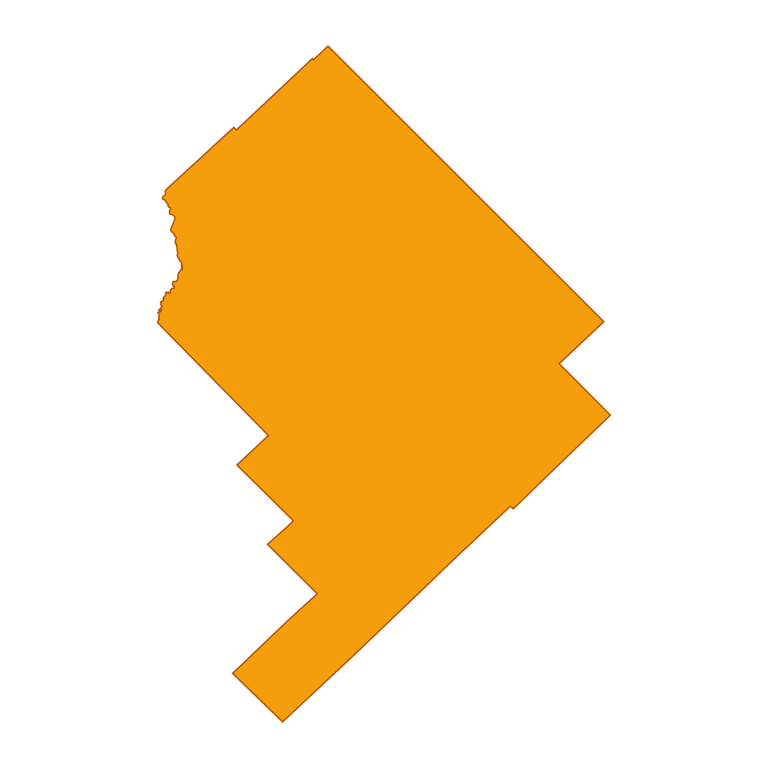 the district of General La Madrid, Buenos Aires, Argentina
{"feature_id": "61730980B93674688207762", "entity_name": "General La Madrid", "entity_type": "district", "adm_level": 2, "iso_a3": "ARG", "parent_name": "Argentina", "parent_adm1": "Buenos Aires", "projection": "robinson", "projection_center": [-61.69, -37.401], "detail": "fine", "context": "isolated", "style": "filled", "palette": "amber", "viewbox_px": 768, "rotation_deg": 0, "n_neighbors": 0, "source": "geoboundaries", "source_scale": "gbopen_adm2", "svg_char_len": 4209}
<svg xmlns="http://www.w3.org/2000/svg" viewBox="0 0 768 768"><path d="M282.6,721.9L283.1,721.4L353.5,655.5L416.6,595.2L454.2,559.0L510.4,506.2L513.3,508.8L546.7,476.4L578.6,445.6L610.4,415.2L559.2,363.7L583.5,340.8L603.8,321.7L547.1,264.9L541.4,259.3L328.0,46.1L313.5,59.8L312.3,58.6L236.4,130.0L233.8,127.4L165.6,190.1L165.2,191.6L165.3,192.0L165.4,192.5L165.5,193.1L165.4,193.9L165.2,194.7L164.9,195.2L164.4,195.7L163.9,195.9L163.4,196.3L163.0,196.6L162.7,197.2L162.4,197.7L162.4,198.5L162.7,198.9L163.1,199.3L163.7,199.7L164.5,199.8L165.2,200.1L165.3,200.3L165.4,200.7L165.6,201.4L166.2,202.1L166.7,202.7L167.5,203.3L167.8,204.5L167.9,205.0L168.1,205.5L168.3,206.1L168.6,206.6L168.9,207.2L169.6,207.5L170.3,207.7L170.6,208.0L170.7,208.9L170.3,209.5L170.0,209.9L169.6,210.4L169.5,211.2L169.5,211.9L169.5,212.6L169.5,213.1L169.7,213.6L170.1,214.2L170.9,214.2L171.5,214.4L172.3,214.8L173.2,215.2L174.0,215.9L174.6,216.7L174.8,217.3L174.8,218.0L174.8,218.5L174.6,219.4L174.6,219.7L174.3,220.4L174.1,221.3L173.5,222.4L173.1,223.4L172.7,224.4L172.4,225.3L172.0,226.4L171.7,227.1L171.4,227.7L171.1,228.4L170.7,228.9L170.5,229.8L170.8,230.6L171.4,231.4L172.0,231.9L172.3,232.1L173.0,232.6L173.7,233.5L174.4,234.4L174.6,235.4L175.0,236.0L175.7,236.8L176.1,237.5L176.2,238.3L176.1,238.9L175.7,239.7L175.4,240.1L175.2,240.8L175.4,241.5L175.3,242.3L175.5,242.8L175.6,243.2L175.6,243.8L175.9,244.1L176.5,244.2L176.7,244.6L176.6,245.2L176.7,246.0L176.7,246.7L176.9,247.1L177.0,247.7L177.0,248.5L177.3,249.3L177.3,249.9L177.3,250.7L177.4,251.5L177.5,252.2L177.7,253.0L177.6,254.0L177.3,254.6L177.2,255.3L177.4,255.5L177.4,256.0L177.7,256.6L177.9,257.2L178.0,258.1L178.6,258.5L179.1,258.9L179.3,259.6L179.4,260.4L179.7,260.9L180.2,261.1L180.6,261.2L180.9,261.5L181.2,262.2L181.3,262.6L181.3,263.1L181.8,263.8L181.5,264.0L181.4,264.3L181.6,264.9L182.0,265.2L182.1,265.6L182.2,266.0L181.8,266.3L182.1,266.8L182.4,267.2L182.2,267.6L181.8,267.8L181.5,268.0L181.7,268.5L182.1,268.9L182.4,268.9L182.3,269.3L182.0,269.5L181.5,269.5L181.1,269.6L180.6,270.0L180.2,270.5L180.1,271.1L179.9,271.6L179.6,271.9L179.1,272.3L178.8,272.6L178.4,273.2L178.1,273.9L178.1,274.2L178.1,274.7L178.0,275.2L178.0,275.7L178.2,276.3L178.0,276.7L178.1,277.0L178.3,277.2L178.3,277.6L178.1,278.1L177.8,278.5L177.6,279.0L177.6,279.5L177.4,279.9L177.2,280.5L177.0,280.9L176.6,281.0L176.3,281.1L175.8,281.6L175.3,281.7L175.0,281.5L174.5,281.4L173.7,281.4L173.2,281.6L172.9,282.3L172.6,282.9L172.6,283.3L172.5,284.1L172.8,284.5L172.8,285.2L173.1,285.6L173.6,286.0L173.8,286.3L174.0,286.8L174.3,286.8L174.4,287.3L174.4,287.8L174.0,288.2L173.5,288.3L172.7,288.3L171.9,288.5L171.4,288.8L171.2,289.2L170.9,289.6L170.5,289.9L170.3,290.5L170.5,291.4L170.5,292.3L170.4,292.8L170.1,293.0L169.4,293.1L169.0,293.0L168.7,292.4L168.6,292.2L168.0,292.2L167.6,292.5L167.2,292.7L166.8,292.9L166.4,292.7L166.2,292.2L165.9,292.2L165.8,292.4L165.9,292.9L165.9,293.3L166.1,293.9L165.9,294.2L165.9,294.6L165.7,295.0L165.5,295.4L164.6,296.2L164.0,297.0L163.8,297.4L163.5,297.7L163.4,298.1L163.1,298.4L163.3,298.8L163.7,298.9L163.7,299.3L163.5,299.8L163.3,300.4L163.1,300.8L162.8,301.0L162.3,301.0L162.0,301.4L161.8,301.7L161.5,301.6L161.2,301.6L161.0,301.9L160.7,302.1L160.5,302.4L160.8,302.7L160.9,303.2L161.0,303.9L161.1,304.3L161.0,304.9L161.0,305.4L161.4,305.7L161.7,305.9L162.1,306.4L161.9,306.8L161.6,307.1L161.2,307.2L161.0,307.6L160.9,308.0L160.6,308.5L160.2,308.9L159.9,309.0L159.6,309.2L159.1,309.4L158.8,309.9L159.4,310.1L159.8,310.0L160.2,309.9L160.4,309.8L160.9,309.9L161.2,309.9L161.5,309.8L161.5,310.2L161.4,310.4L161.3,310.9L161.2,311.3L160.7,311.6L160.1,311.7L159.6,311.8L159.3,311.8L159.1,312.0L158.5,312.1L158.0,312.3L158.0,312.6L158.1,313.1L158.2,313.5L158.4,313.6L158.7,313.8L159.0,314.2L159.1,314.7L159.2,315.2L159.2,315.5L159.0,315.9L158.9,316.5L159.0,316.9L159.0,317.5L158.8,317.9L159.0,318.2L159.2,318.7L159.2,319.0L158.8,319.3L158.6,319.5L158.4,319.7L158.3,320.1L158.3,320.5L158.3,320.8L158.2,321.2L158.2,321.4L157.9,321.7L157.7,321.9L157.6,322.2L157.6,322.7L268.4,435.5L237.3,464.6L237.5,464.8L237.1,465.2L293.3,520.7L287.1,526.9L267.5,544.3L317.2,593.8L287.0,621.4L232.6,673.4L282.6,721.9Z" fill="#f59e0b" stroke="#b45309" stroke-width="1.5"/></svg>